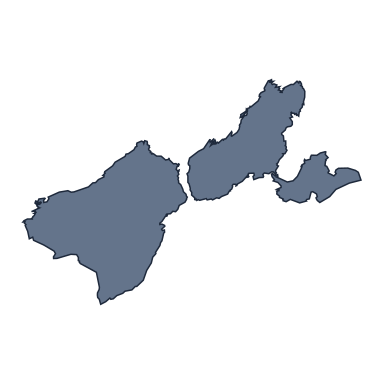 Inderøy nor, Nord-Trøndelag, Norway
{"feature_id": "86288312B4648926178288", "entity_name": "Inderøy nor", "entity_type": "district", "adm_level": 2, "iso_a3": "NOR", "parent_name": "Norway", "parent_adm1": "Nord-Trøndelag", "projection": "orthographic", "projection_center": [11.117, 63.848], "detail": "fine", "context": "isolated", "style": "filled", "palette": "slate", "viewbox_px": 384, "rotation_deg": 0, "n_neighbors": 0, "source": "geoboundaries", "source_scale": "gbopen_adm2", "svg_char_len": 6007}
<svg xmlns="http://www.w3.org/2000/svg" viewBox="0 0 384 384"><path d="M100.7,304.3L105.7,301.7L109.9,298.1L110.8,299.3L113.3,298.8L116.8,295.6L122.8,293.3L125.0,291.2L131.9,289.9L135.2,286.5L136.8,286.4L143.3,280.2L146.7,270.4L151.3,263.0L152.7,257.2L155.5,254.1L155.9,253.4L155.5,252.4L159.9,245.5L160.6,242.6L161.9,240.9L163.7,233.1L164.6,232.2L164.4,230.0L162.4,230.5L161.6,229.2L164.8,226.3L164.6,225.4L161.9,224.1L159.8,224.5L159.8,223.2L161.9,221.5L165.4,216.3L166.9,216.1L167.4,214.9L167.4,214.7L166.9,215.9L166.1,215.7L166.4,214.6L167.1,214.8L166.4,214.5L166.7,214.1L170.5,213.7L172.8,211.3L175.6,211.7L177.8,209.3L179.2,205.4L185.0,202.2L186.6,199.3L186.5,198.7L187.3,197.1L186.5,196.3L186.0,194.2L183.4,191.7L182.8,189.2L180.7,184.6L178.6,182.8L178.6,180.9L178.0,179.3L178.5,177.7L177.4,176.0L178.8,174.3L178.0,172.0L178.8,171.5L179.1,170.1L177.6,170.8L176.2,169.4L177.0,166.6L178.4,166.2L179.2,164.3L178.5,163.8L177.4,164.8L176.0,163.6L173.4,163.8L169.0,159.4L169.2,157.9L168.4,159.4L165.6,160.0L161.2,156.2L156.6,156.1L153.5,153.8L151.9,153.9L152.2,153.2L150.3,152.6L150.8,151.5L148.7,149.8L148.6,148.8L149.6,147.3L149.1,146.8L149.4,145.7L147.3,144.6L147.4,142.8L147.1,141.4L144.7,140.7L143.8,143.5L143.2,141.8L141.5,141.1L137.0,143.0L136.6,144.3L136.9,146.4L135.4,147.0L134.0,149.7L128.3,153.7L126.0,154.1L125.1,156.4L115.1,162.2L112.6,165.9L104.8,171.6L104.5,172.7L105.1,173.2L102.9,175.4L104.0,175.6L103.9,177.0L98.4,179.6L95.6,182.6L92.8,182.9L88.5,186.9L74.0,191.9L71.2,192.2L67.9,190.7L59.3,192.1L48.2,197.1L48.9,198.8L47.0,201.8L43.8,202.5L43.6,200.4L45.1,198.5L44.7,198.2L38.9,199.0L37.8,201.6L35.7,201.0L35.0,203.1L36.1,204.0L37.1,202.5L37.6,203.4L40.7,202.0L41.2,202.7L39.6,204.3L36.6,204.6L37.2,205.4L36.9,205.9L38.7,207.3L38.2,207.8L39.3,208.0L31.5,211.6L35.0,210.9L35.3,211.3L34.8,211.6L35.8,212.3L34.2,213.3L35.3,213.4L34.2,215.6L32.9,216.6L32.7,217.7L31.5,218.5L31.9,219.0L27.4,219.0L24.0,220.7L23.0,222.0L24.9,221.8L24.4,223.2L25.9,224.5L25.2,225.5L27.7,231.3L29.3,238.8L32.7,237.2L33.6,240.3L43.6,244.9L54.1,251.1L55.5,253.7L53.5,256.8L53.6,258.5L57.0,258.4L70.9,254.3L76.6,254.6L78.4,257.5L78.3,260.6L79.5,261.2L79.3,262.2L80.4,263.6L96.4,272.3L99.4,287.2L99.2,289.4L97.5,292.9L97.4,295.1L97.7,297.5L99.3,299.3L100.7,304.3ZM302.3,86.4L300.7,85.6L301.5,84.9L301.5,84.0L300.3,81.7L299.3,81.4L298.8,83.0L297.0,81.2L293.4,84.5L291.0,84.4L284.5,87.6L283.2,88.6L283.9,88.9L282.6,90.6L282.1,90.4L282.5,90.8L281.8,91.4L282.1,92.4L280.3,92.3L280.9,90.8L278.4,90.0L279.6,88.6L278.6,87.6L279.6,86.7L275.5,87.3L276.9,85.0L274.0,83.9L272.3,84.5L271.4,83.0L273.3,81.4L271.7,81.6L271.5,79.7L270.1,80.4L270.9,81.5L270.7,82.2L269.6,82.2L269.7,81.0L269.2,80.6L268.3,80.8L264.3,88.0L264.2,88.8L264.9,90.0L264.7,90.9L261.1,92.6L259.5,94.5L259.2,96.3L261.1,96.8L260.0,96.9L258.2,100.9L250.8,107.0L250.1,106.4L249.3,107.9L247.8,108.4L247.4,109.7L246.4,108.9L246.2,111.1L240.8,114.6L241.0,115.1L240.2,117.6L242.0,117.0L245.6,112.8L245.9,111.3L247.4,111.3L246.8,112.9L247.2,113.6L246.5,115.3L244.4,115.7L241.2,120.1L240.8,123.1L239.4,125.2L239.7,126.1L239.1,129.3L237.0,132.5L231.8,136.2L231.2,135.8L232.0,132.6L231.6,131.6L225.7,138.9L224.0,139.0L223.5,140.1L222.4,139.4L218.5,143.0L217.7,142.2L215.9,143.9L215.5,143.2L213.5,144.6L215.8,141.9L215.0,140.1L213.3,142.3L213.7,143.4L210.7,145.6L212.8,140.9L212.4,140.6L214.2,138.5L210.2,142.2L210.1,141.1L209.6,141.0L210.1,139.8L209.7,139.7L203.6,148.7L198.5,151.3L189.6,158.1L188.2,163.3L188.5,164.8L189.8,165.8L189.8,168.5L188.8,172.0L187.0,173.8L187.9,176.1L187.9,182.4L189.0,183.7L190.3,188.3L190.1,189.9L191.7,192.4L191.6,195.0L194.8,197.9L195.3,199.6L194.7,198.7L194.7,199.5L195.7,200.1L195.4,199.7L196.2,199.2L196.8,200.4L198.1,199.6L199.7,200.3L206.3,198.6L207.1,199.9L211.2,199.0L212.6,199.9L216.7,197.8L219.1,198.4L221.6,196.5L227.6,194.1L229.2,191.3L230.3,190.9L230.0,190.3L231.7,189.1L232.6,186.7L232.3,185.6L233.2,184.3L235.9,184.3L236.3,184.6L236.0,185.8L236.8,185.5L237.5,184.0L242.3,181.3L247.6,175.5L247.9,176.6L247.5,177.2L248.5,177.0L248.8,176.5L248.0,175.4L248.4,174.7L248.1,174.2L248.8,173.3L253.8,173.2L254.3,175.2L253.0,176.5L253.8,179.6L259.1,177.6L263.1,177.4L263.6,176.4L262.9,174.4L264.3,173.0L268.8,173.7L271.7,171.8L273.2,171.8L275.6,174.2L276.4,172.8L275.5,171.6L275.8,170.1L278.4,166.0L277.0,165.3L277.2,164.0L276.8,163.8L278.0,162.7L279.4,159.6L282.7,156.2L283.6,154.5L282.9,153.7L285.0,153.6L287.0,150.2L285.9,148.9L286.3,147.2L286.0,146.1L285.2,145.7L285.8,144.4L285.7,141.0L283.9,141.1L283.4,135.9L281.7,134.5L281.6,133.3L285.3,130.0L285.9,128.1L287.4,126.8L290.8,126.3L292.3,124.7L292.3,121.6L289.8,118.0L292.5,117.0L290.9,114.8L291.7,113.2L290.4,112.4L291.8,112.9L291.2,111.6L292.0,113.1L294.3,113.3L294.6,114.3L295.7,113.7L296.0,114.3L295.6,114.9L296.3,114.1L296.5,115.2L297.2,114.8L298.7,116.1L299.2,112.0L300.4,111.1L299.9,109.8L302.3,107.0L302.4,104.3L303.4,103.1L303.5,104.7L303.9,104.7L303.5,101.7L304.7,97.2L304.8,91.3L303.5,88.6L302.6,88.1L302.3,86.4ZM361.0,180.1L358.3,172.3L355.4,170.4L347.9,168.1L338.5,168.3L336.0,169.9L335.1,172.2L336.2,173.6L333.9,175.9L328.1,172.9L328.2,172.0L329.2,171.0L328.8,170.2L326.8,166.4L325.0,165.6L325.5,161.2L326.1,160.3L325.7,159.7L328.1,157.6L325.3,154.5L325.8,151.9L325.3,151.7L320.3,153.0L316.9,155.3L311.4,155.2L310.4,157.2L310.3,159.2L305.4,160.5L305.1,160.3L304.9,159.6L304.6,159.4L304.2,160.7L304.7,163.3L301.9,164.9L301.2,166.4L302.0,166.3L301.4,168.2L297.4,176.4L293.1,180.8L287.3,182.0L276.5,177.0L277.9,176.4L277.6,174.6L275.0,175.8L272.4,173.5L271.5,174.2L272.1,176.7L274.4,179.6L273.2,180.9L278.0,182.5L281.1,186.0L281.0,187.5L276.9,189.3L279.0,189.7L278.9,190.7L276.6,191.1L277.0,191.8L276.8,194.0L279.5,196.2L279.5,197.4L283.0,198.9L282.8,199.5L283.4,200.0L283.1,200.7L286.1,201.7L290.3,199.4L299.7,202.9L306.2,201.1L305.9,200.9L306.7,199.5L309.3,198.9L311.1,192.1L312.8,191.7L316.5,193.9L317.3,196.7L316.1,197.6L316.2,198.5L317.3,200.5L319.8,202.5L329.7,196.6L335.9,189.4L349.3,183.1L361.0,180.1Z" fill="#64748b" stroke="#1e293b" stroke-width="1.5"/></svg>